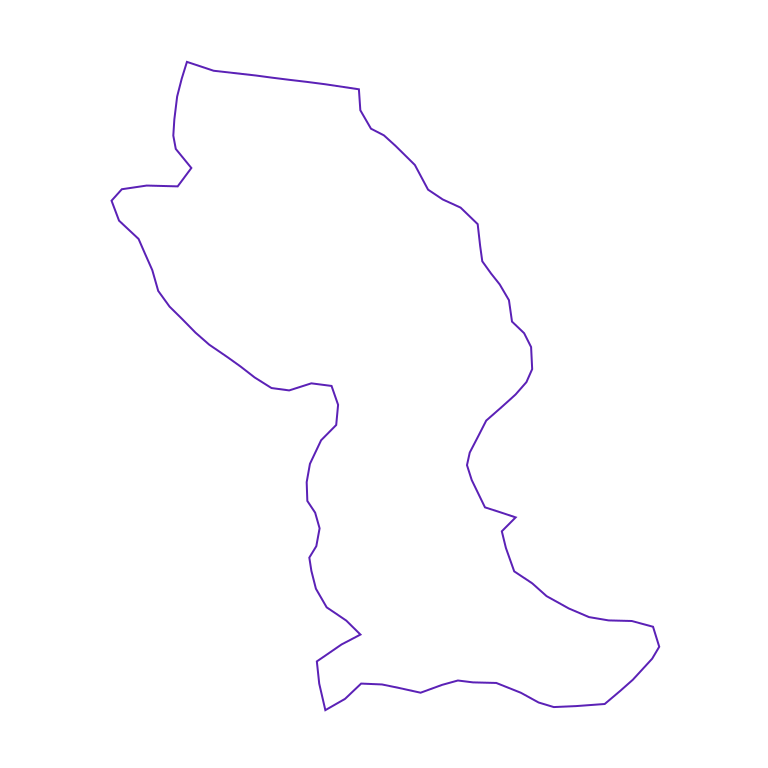 Nova Odessa, São Paulo, Brazil (Natural Earth projection), rotated 88°
{"feature_id": "56859067B96263838287024", "entity_name": "Nova Odessa", "entity_type": "district", "adm_level": 2, "iso_a3": "BRA", "parent_name": "Brazil", "parent_adm1": "São Paulo", "projection": "natural_earth1", "projection_center": [-47.279, -22.782], "detail": "fine", "context": "isolated", "style": "outline", "palette": "violet", "viewbox_px": 768, "rotation_deg": 88, "n_neighbors": 0, "source": "geoboundaries", "source_scale": "gbopen_adm2", "svg_char_len": 1486}
<svg xmlns="http://www.w3.org/2000/svg" viewBox="0 0 768 768"><g transform="rotate(88 384 384)"><path d="M88.6,398.8L82.4,432.2L79.4,450.4L76.7,468.0L73.9,485.5L71.2,501.4L65.0,543.3L55.2,569.7L71.8,575.5L89.5,580.7L112.3,584.3L128.4,585.9L141.8,583.9L161.4,569.0L179.3,583.3L177.4,614.2L180.2,639.2L191.3,649.9L211.5,643.1L230.5,624.2L245.2,618.4L262.1,611.6L283.1,606.4L299.2,595.6L312.2,583.3L326.1,570.6L338.6,557.3L352.0,539.1L361.8,526.4L372.9,513.1L384.1,496.6L387.1,479.0L380.8,456.6L384.1,436.5L403.2,430.6L423.3,433.2L438.0,448.8L461.2,460.8L479.4,464.7L498.2,464.7L510.2,457.3L526.0,453.4L543.7,457.3L554.9,464.7L568.2,463.1L586.2,459.2L605.2,449.1L619.1,430.0L633.6,416.3L642.8,435.5L658.9,460.8L681.2,459.2L707.9,454.0L697.3,433.9L682.6,417.3L684.2,396.5L688.3,379.6L693.8,358.2L686.7,336.4L682.9,320.5L685.3,305.5L686.7,282.2L697.3,258.1L707.7,240.6L712.8,225.6L712.6,203.2L711.5,174.6L699.0,158.7L688.3,145.7L667.9,125.6L656.2,118.1L636.0,123.6L629.5,144.7L628.1,167.8L624.1,187.3L614.8,207.1L601.7,228.9L588.4,242.8L575.8,260.4L552.1,267.9L535.3,271.4L521.9,257.1L516.2,272.4L510.8,287.4L483.0,299.7L468.0,303.9L455.5,300.7L439.4,291.6L424.1,283.1L410.3,266.2L399.1,252.9L387.1,241.6L374.3,235.4L352.2,235.7L338.1,242.2L326.1,253.9L304.6,256.2L288.5,264.9L277.4,273.1L264.8,281.5L249.3,283.1L227.5,284.8L210.4,301.3L201.6,318.9L191.3,333.2L166.2,345.5L146.6,364.0L135.5,375.4L128.4,388.1L109.6,398.1L88.6,398.8Z" fill="none" stroke="#5b21b6" stroke-width="2"/></g></svg>